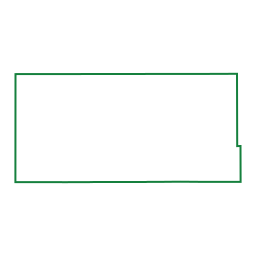 Todd, South Dakota, United States of America
{"feature_id": "52423323B83627610522987", "entity_name": "Todd", "entity_type": "district", "adm_level": 2, "iso_a3": "USA", "parent_name": "United States of America", "parent_adm1": "South Dakota", "projection": "natural_earth1", "projection_center": [-100.67, 43.194], "detail": "fine", "context": "isolated", "style": "outline", "palette": "green", "viewbox_px": 256, "rotation_deg": 0, "n_neighbors": 0, "source": "geoboundaries", "source_scale": "gbopen_adm2", "svg_char_len": 425}
<svg xmlns="http://www.w3.org/2000/svg" viewBox="0 0 256 256"><path d="M15.4,182.1L15.6,182.1L55.8,182.1L65.2,182.2L73.1,182.1L74.4,182.1L85.7,182.1L89.8,182.1L94.2,182.0L145.8,182.0L147.2,181.9L163.0,181.9L165.0,181.8L167.1,181.8L180.6,181.7L206.3,181.9L207.6,181.9L222.0,181.9L223.3,181.9L240.6,181.9L240.5,146.0L237.2,146.1L237.0,73.8L211.2,73.9L15.5,74.1L15.4,182.1Z" fill="none" stroke="#15803d" stroke-width="2"/></svg>